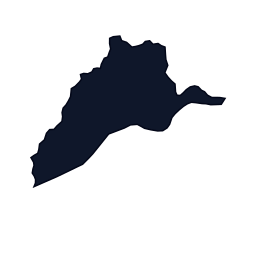 Terezópolis de Goiás, Goiás, Brazil, rotated 22°
{"feature_id": "56859067B74545667344243", "entity_name": "Terezópolis de Goiás", "entity_type": "district", "adm_level": 2, "iso_a3": "BRA", "parent_name": "Brazil", "parent_adm1": "Goiás", "projection": "mercator", "projection_center": [-49.069, -16.456], "detail": "fine", "context": "isolated", "style": "filled", "palette": "ink", "viewbox_px": 256, "rotation_deg": 22, "n_neighbors": 0, "source": "geoboundaries", "source_scale": "gbopen_adm2", "svg_char_len": 1364}
<svg xmlns="http://www.w3.org/2000/svg" viewBox="0 0 256 256"><g transform="rotate(22 128 128)"><path d="M63.9,96.2L66.6,100.1L65.8,103.4L63.5,109.0L60.7,112.7L61.8,116.3L63.0,120.5L62.6,125.4L61.9,129.8L60.4,133.8L61.1,138.4L63.1,141.9L64.3,146.7L61.4,152.6L59.9,157.0L56.0,158.8L54.4,163.4L54.9,170.3L52.0,176.0L53.4,181.4L53.8,185.3L51.3,188.4L49.1,191.8L53.3,195.1L54.9,197.9L55.2,201.4L56.1,205.6L59.3,207.9L61.6,210.4L62.8,213.7L62.8,217.6L80.1,199.9L88.5,190.7L95.8,182.6L99.5,178.6L103.0,170.3L105.0,165.1L112.3,140.8L124.6,129.4L129.1,124.2L135.3,121.1L139.9,121.6L143.4,122.1L149.8,121.1L156.6,119.6L161.2,117.5L164.2,113.3L165.2,109.0L164.8,101.9L166.3,97.1L168.6,92.1L171.3,87.1L174.0,83.3L177.1,80.4L181.4,79.1L187.5,77.6L191.2,76.3L196.0,75.4L201.2,73.1L205.6,71.1L206.9,64.2L201.6,65.4L194.2,68.3L189.4,67.8L185.4,65.7L182.0,65.5L177.6,63.5L174.0,64.0L170.3,66.6L167.7,70.6L166.1,74.6L164.3,78.2L161.2,79.3L158.6,76.8L155.1,69.6L150.7,68.1L146.1,65.9L141.4,62.9L141.4,55.0L137.5,50.4L135.2,45.8L132.0,39.1L127.9,39.2L124.2,38.4L119.8,41.0L115.4,39.0L111.6,41.3L110.3,44.8L107.2,47.6L104.3,49.7L101.3,51.5L94.6,49.1L89.4,49.4L86.0,45.8L80.1,48.9L77.4,51.7L79.3,56.6L82.3,61.2L82.3,64.6L82.6,69.8L79.9,72.2L79.4,78.9L80.1,83.1L76.9,84.0L74.0,85.9L73.5,89.6L70.4,92.8L66.5,94.0L63.9,96.2Z" fill="#0f172a" stroke="#020617" stroke-width="1.5"/></g></svg>